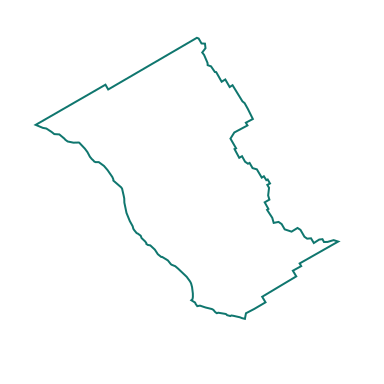 Mendocino, California, United States of America (Albers equal-area conic projection), rotated 330°
{"feature_id": "52423323B12422674135738", "entity_name": "Mendocino", "entity_type": "district", "adm_level": 2, "iso_a3": "USA", "parent_name": "United States of America", "parent_adm1": "California", "projection": "albers", "projection_center": [-123.414, 39.38], "detail": "fine", "context": "isolated", "style": "outline", "palette": "teal", "viewbox_px": 384, "rotation_deg": 330, "n_neighbors": 0, "source": "geoboundaries", "source_scale": "gbopen_adm2", "svg_char_len": 2009}
<svg xmlns="http://www.w3.org/2000/svg" viewBox="0 0 384 384"><g transform="rotate(330 192 192)"><path d="M273.3,60.9L170.7,61.3L170.7,55.8L90.2,55.7L94.9,61.9L97.6,64.2L100.4,69.7L101.7,73.0L105.9,75.8L108.2,82.1L108.4,83.4L109.6,86.1L114.0,90.0L118.6,92.5L119.0,92.9L120.9,100.9L121.4,105.2L121.2,110.4L121.7,113.4L122.3,115.2L122.6,116.8L123.4,117.9L126.2,119.5L128.8,125.4L129.8,130.7L130.5,139.1L130.2,141.7L129.6,142.8L133.0,152.6L133.1,154.2L131.0,161.0L130.1,163.7L128.1,167.4L124.8,177.4L123.6,186.1L123.5,192.0L122.8,194.5L122.9,196.2L123.5,199.9L124.3,201.0L125.7,204.2L125.3,206.7L126.7,211.4L126.9,213.2L126.5,214.2L127.3,215.8L129.2,217.4L131.0,223.3L131.3,228.8L132.9,232.9L133.7,233.3L136.9,239.2L137.6,243.9L137.9,244.7L140.4,247.9L141.7,251.6L145.0,262.8L145.6,268.5L145.5,270.7L144.5,274.4L142.0,280.3L140.3,283.3L139.0,284.9L138.3,285.2L137.3,285.4L139.4,289.3L139.2,290.8L139.5,293.5L142.1,294.4L145.9,298.7L150.7,303.3L151.6,304.8L152.0,307.3L152.8,309.3L153.6,309.6L154.3,309.6L160.0,314.3L160.6,315.1L160.8,316.2L163.2,318.6L164.3,318.6L165.7,319.7L170.8,324.4L172.2,326.2L174.4,328.3L178.1,324.0L187.5,324.4L200.5,324.3L200.4,317.8L240.1,317.2L240.0,310.6L249.5,310.8L249.5,307.7L293.8,308.0L290.6,304.5L284.4,303.0L281.3,301.3L281.4,298.1L278.4,296.8L272.0,297.1L271.9,291.6L268.4,290.0L267.0,287.0L267.0,279.0L265.4,275.9L258.4,276.1L253.6,270.7L253.6,264.6L252.0,261.2L247.3,259.6L248.6,254.5L248.1,245.0L249.7,244.9L249.8,237.3L255.2,237.3L256.2,233.1L260.8,226.9L260.8,223.5L263.8,223.6L263.8,219.0L262.3,218.9L262.1,214.3L259.6,214.4L259.5,204.8L256.4,201.6L256.4,195.6L254.6,195.5L253.1,192.3L253.2,186.0L250.0,186.0L250.3,176.1L252.0,176.2L252.0,165.0L258.4,161.6L273.3,162.1L273.3,158.9L281.2,159.2L281.9,148.0L282.0,141.3L281.0,138.7L280.5,119.8L277.1,119.9L277.1,111.2L272.8,111.3L272.9,100.3L271.8,99.5L271.3,92.7L269.0,90.0L270.0,87.9L271.0,79.3L270.6,76.3L275.6,74.2L277.4,70.0L274.5,68.1L274.5,62.4L273.3,60.9Z" fill="none" stroke="#0f766e" stroke-width="2"/></g></svg>